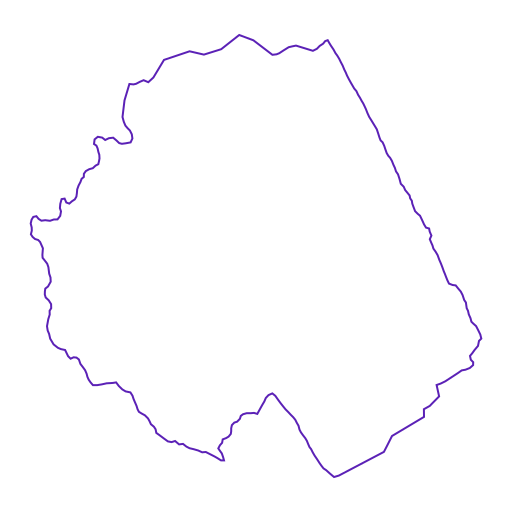 outline of Piatã, Bahia, Brazil
{"feature_id": "56859067B29072797764638", "entity_name": "Piatã", "entity_type": "district", "adm_level": 2, "iso_a3": "BRA", "parent_name": "Brazil", "parent_adm1": "Bahia", "projection": "albers", "projection_center": [-41.891, -13.042], "detail": "fine", "context": "isolated", "style": "outline", "palette": "violet", "viewbox_px": 512, "rotation_deg": 0, "n_neighbors": 0, "source": "geoboundaries", "source_scale": "gbopen_adm2", "svg_char_len": 4215}
<svg xmlns="http://www.w3.org/2000/svg" viewBox="0 0 512 512"><path d="M458.0,373.0L461.7,370.4L465.5,369.7L469.8,368.0L473.1,365.1L473.2,362.2L470.8,359.7L470.0,355.9L472.2,353.3L474.4,350.2L478.0,345.9L479.0,340.9L481.3,338.6L480.3,334.5L478.1,330.0L476.1,326.1L473.2,323.5L471.4,321.7L470.5,318.2L468.8,314.4L468.0,310.8L466.7,308.2L466.3,305.4L465.9,302.5L464.2,300.0L462.6,295.1L460.8,291.6L458.1,288.4L455.7,285.4L452.6,285.0L449.0,283.6L447.4,280.3L446.0,276.8L444.9,273.9L443.8,271.3L442.5,267.6L441.0,263.7L439.3,259.8L437.6,255.1L435.6,251.7L433.4,248.6L432.5,245.5L431.2,242.6L429.8,239.2L431.4,235.6L429.7,231.6L429.1,228.5L426.0,227.6L424.0,224.3L422.9,221.8L421.5,218.8L420.0,215.7L417.8,213.9L415.1,211.2L413.4,206.7L412.3,203.7L411.8,200.7L410.2,198.4L409.6,195.5L407.6,193.0L405.2,190.1L403.7,186.7L400.8,183.8L399.5,178.9L398.0,174.3L396.0,171.4L394.9,167.9L393.4,164.7L391.9,160.9L390.1,157.8L388.3,155.8L386.7,153.1L385.4,149.4L384.2,145.8L382.6,142.3L380.6,140.4L379.5,137.6L378.2,133.5L376.8,129.3L375.0,126.3L373.1,123.2L371.4,120.4L369.2,116.9L367.5,113.2L365.9,109.1L364.5,106.1L363.2,103.4L361.6,100.8L360.0,97.8L358.1,94.8L356.4,91.1L354.2,88.5L352.7,85.9L351.0,83.0L348.9,79.2L347.0,75.5L345.8,72.6L344.3,69.6L342.7,65.7L340.7,61.9L339.2,58.8L337.2,55.5L335.5,53.2L333.5,49.5L330.8,45.5L329.1,42.7L327.7,40.2L325.2,41.1L323.1,43.7L319.7,45.9L316.9,48.8L312.9,50.8L296.0,45.6L292.1,46.4L288.7,47.2L283.4,50.5L279.3,53.2L276.6,54.3L272.4,54.8L253.4,40.3L239.2,35.0L221.2,49.2L203.9,54.6L189.6,51.3L164.0,59.9L153.4,77.5L148.3,82.2L143.6,80.2L139.7,81.9L136.1,83.8L133.5,84.4L129.4,84.0L124.5,100.4L122.5,117.0L123.8,121.8L125.4,125.6L127.6,128.2L129.9,130.5L131.8,134.3L132.4,138.5L130.6,142.4L125.7,143.3L121.9,143.8L119.2,143.1L116.5,140.5L113.2,137.7L108.9,138.2L105.2,140.0L102.2,137.6L97.8,136.8L94.6,139.4L94.0,144.0L96.4,145.6L97.6,148.4L98.4,152.0L99.3,154.8L99.5,158.5L99.0,161.2L98.3,164.2L95.6,165.6L92.8,168.2L89.2,169.2L85.8,171.1L83.9,173.8L83.8,177.0L81.6,178.8L80.4,182.1L78.6,185.5L77.2,189.4L76.9,193.1L76.4,196.6L74.8,199.4L71.9,201.3L69.3,203.6L66.3,202.5L64.6,198.6L61.6,199.1L60.3,203.8L59.9,208.1L61.0,211.4L60.2,215.9L57.5,219.4L53.8,219.5L50.0,220.8L45.2,220.2L41.4,220.7L38.6,218.9L36.4,216.2L33.3,216.9L31.6,219.6L30.7,223.5L31.7,227.5L31.8,230.6L30.9,234.3L32.6,236.9L35.0,239.0L38.2,240.0L40.1,242.0L42.9,248.3L42.4,254.9L42.6,257.8L44.2,259.8L47.2,263.7L48.4,267.2L48.8,270.5L49.2,273.7L50.5,277.5L50.7,281.7L48.0,286.5L45.3,288.6L44.9,291.3L44.8,294.5L45.7,297.5L48.7,300.3L51.1,304.1L51.2,308.2L49.6,310.8L49.7,314.6L48.3,319.1L47.0,326.2L47.7,330.6L49.1,333.9L50.2,338.7L53.6,344.4L57.9,347.8L60.9,349.1L65.1,350.0L68.1,356.2L70.6,358.7L73.6,357.3L76.5,357.6L78.9,359.5L80.4,363.9L82.7,366.9L85.1,370.2L86.6,373.7L87.4,376.8L88.7,379.7L90.5,382.3L92.9,385.1L97.4,385.1L101.7,384.4L106.7,383.3L110.6,383.1L113.1,382.9L116.1,382.4L118.9,386.1L122.3,389.4L125.6,391.4L130.4,392.4L132.5,395.7L133.5,398.8L134.8,401.9L136.5,405.8L137.6,409.3L138.9,411.8L141.6,413.5L144.9,415.3L148.0,418.4L149.6,421.3L150.9,424.2L153.9,426.7L155.6,429.3L156.3,432.9L159.4,435.1L163.8,438.4L167.9,441.4L171.6,442.1L175.1,441.0L179.1,444.4L183.0,443.9L186.4,446.6L189.5,448.2L193.7,449.2L198.2,450.5L202.2,452.3L205.8,452.0L210.9,454.6L214.6,456.5L217.4,458.1L221.0,460.4L224.0,460.4L223.1,457.1L221.8,453.4L220.2,451.2L218.3,448.4L219.9,445.3L222.1,442.8L222.7,439.4L226.1,438.1L228.6,436.6L230.8,433.9L231.2,431.2L231.2,428.3L231.9,425.1L234.3,422.6L237.1,421.7L239.9,418.8L240.8,415.9L243.1,414.2L246.7,413.2L250.8,413.2L254.0,412.9L257.3,413.9L259.4,410.1L261.0,407.2L262.4,404.7L264.3,401.5L265.8,398.0L268.5,395.1L272.3,393.4L275.3,395.8L277.9,399.5L280.7,403.3L283.0,406.2L285.5,409.3L288.3,412.1L290.7,414.7L293.2,417.2L295.3,419.8L296.8,422.8L298.5,425.7L299.5,429.6L300.9,432.3L302.9,435.1L305.3,438.2L306.9,440.9L308.1,443.9L309.5,447.1L311.1,449.1L312.7,452.3L314.6,455.6L317.0,459.1L319.7,463.3L321.7,466.1L323.5,468.4L326.2,470.2L329.5,473.2L334.0,477.0L338.8,475.6L383.9,451.9L386.9,446.1L392.0,436.0L424.0,416.9L423.9,409.2L429.8,405.9L431.8,403.8L439.1,396.4L436.6,385.0L440.6,383.6L445.3,381.3L458.0,373.0Z" fill="none" stroke="#5b21b6" stroke-width="2"/></svg>